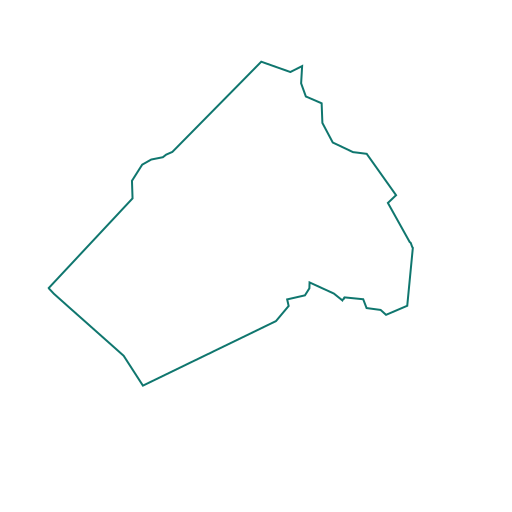 Wayne, North Carolina, United States of America (Equal Earth projection), rotated 222°
{"feature_id": "52423323B99063612255377", "entity_name": "Wayne", "entity_type": "district", "adm_level": 2, "iso_a3": "USA", "parent_name": "United States of America", "parent_adm1": "North Carolina", "projection": "equal_earth", "projection_center": [-78.044, 35.372], "detail": "fine", "context": "isolated", "style": "outline", "palette": "teal", "viewbox_px": 512, "rotation_deg": 222, "n_neighbors": 0, "source": "geoboundaries", "source_scale": "gbopen_adm2", "svg_char_len": 901}
<svg xmlns="http://www.w3.org/2000/svg" viewBox="0 0 512 512"><g transform="rotate(222 256 256)"><path d="M398.4,257.6L401.7,247.7L398.5,228.9L386.3,216.2L388.4,103.6L388.6,93.5L388.0,93.3L381.0,92.7L359.2,92.8L333.8,93.0L331.3,93.0L287.6,93.3L253.3,84.0L249.4,93.6L233.4,133.0L225.9,151.4L225.7,151.7L224.2,155.5L223.6,157.1L197.6,221.0L198.3,240.7L203.8,244.6L193.3,259.5L194.7,267.7L198.5,272.2L173.0,280.2L162.1,280.8L162.4,281.7L162.1,282.5L162.1,283.1L162.3,283.8L162.6,284.1L162.5,284.5L147.4,295.6L139.0,291.3L127.3,299.3L120.0,299.3L110.3,320.2L144.9,367.0L146.1,367.3L149.6,369.2L150.1,369.3L151.1,369.2L193.5,383.7L192.6,394.9L242.1,406.0L250.6,400.1L253.4,398.1L274.9,391.7L295.7,399.3L309.4,413.4L325.7,407.9L338.0,414.5L348.8,428.0L353.6,415.7L382.1,403.9L384.8,343.5L385.0,339.2L387.8,277.4L390.6,271.2L391.3,267.1L398.4,257.6Z" fill="none" stroke="#0f766e" stroke-width="2"/></g></svg>